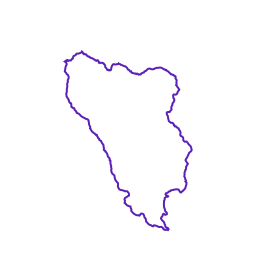 Anorí, Antioquia, Colombia (Albers equal-area conic projection), rotated 123°
{"feature_id": "7082276B24533406562220", "entity_name": "Anorí", "entity_type": "district", "adm_level": 2, "iso_a3": "COL", "parent_name": "Colombia", "parent_adm1": "Antioquia", "projection": "albers", "projection_center": [-75.117, 7.178], "detail": "fine", "context": "isolated", "style": "outline", "palette": "violet", "viewbox_px": 256, "rotation_deg": 123, "n_neighbors": 0, "source": "geoboundaries", "source_scale": "gbopen_adm2", "svg_char_len": 5797}
<svg xmlns="http://www.w3.org/2000/svg" viewBox="0 0 256 256"><g transform="rotate(123 128 128)"><path d="M65.7,111.1L64.5,111.2L63.6,112.1L61.3,113.3L60.6,115.1L59.3,115.8L58.8,116.4L59.0,116.9L58.8,117.8L59.1,118.3L58.8,119.1L59.2,119.9L59.2,120.9L59.6,121.5L59.2,122.2L59.0,124.1L58.7,124.8L58.8,126.7L58.5,127.6L59.0,127.9L59.1,128.3L58.8,129.3L59.3,130.1L59.1,131.6L59.6,133.7L60.3,134.7L61.0,135.2L61.5,136.2L62.0,136.8L62.9,137.4L63.3,137.9L64.2,138.1L65.5,139.5L66.2,141.0L66.2,142.0L66.8,142.8L68.0,143.6L69.7,144.0L70.2,144.0L71.5,145.0L72.8,144.9L73.7,145.8L75.2,146.6L76.1,146.5L76.7,147.0L76.9,147.8L77.5,148.2L77.3,149.6L77.8,150.3L78.3,150.5L78.1,151.2L78.8,152.1L79.0,153.3L79.6,154.4L79.4,155.6L78.8,156.1L79.3,156.6L79.3,157.4L78.7,158.6L79.0,159.8L78.1,161.5L77.8,163.3L77.8,164.0L78.2,164.7L78.5,167.1L78.9,168.4L78.7,169.2L79.2,170.5L79.0,171.1L79.8,171.1L80.6,172.2L81.3,172.7L82.0,173.8L82.1,174.6L82.8,175.2L84.2,175.3L86.4,174.9L87.7,174.2L88.5,174.0L88.9,174.0L89.3,174.3L89.5,175.2L90.0,175.3L89.8,176.1L90.4,176.6L90.5,177.2L89.9,178.2L89.3,180.2L88.0,181.3L87.6,182.1L87.4,182.6L87.5,183.1L87.2,183.4L87.1,184.0L87.2,184.8L87.5,185.1L87.9,186.1L88.5,186.7L88.5,187.0L88.8,187.1L88.6,188.0L88.9,188.2L88.4,188.6L87.7,189.8L87.9,190.1L87.9,190.6L88.7,190.9L88.6,191.5L89.1,192.1L88.8,192.9L89.0,193.7L88.9,194.6L89.1,196.4L89.5,197.3L89.3,197.9L89.6,198.5L89.3,199.5L89.8,200.2L89.6,200.8L89.7,202.1L89.1,202.9L89.1,203.3L89.5,203.8L89.5,204.6L90.1,205.2L89.7,205.7L89.9,206.4L89.2,207.2L89.0,208.3L89.6,208.2L90.3,208.4L91.4,209.2L91.8,209.4L92.7,210.1L93.0,210.8L93.9,211.7L95.1,211.6L96.3,212.1L97.2,212.8L97.6,212.8L99.4,212.4L99.8,212.1L100.5,212.4L100.6,212.6L102.5,212.7L102.9,213.2L103.5,214.4L104.3,214.7L104.2,215.2L103.9,215.4L104.0,215.8L104.4,215.7L104.9,216.5L106.7,217.2L106.7,216.6L106.2,216.1L106.2,215.8L106.9,215.5L107.4,214.7L108.0,214.1L110.5,213.7L115.0,211.8L115.6,209.6L116.2,208.8L116.1,207.7L116.3,207.1L117.6,205.4L118.9,204.8L120.7,204.6L122.1,203.5L123.3,203.4L124.5,202.8L125.3,202.3L126.0,201.6L128.7,200.5L130.9,199.0L132.4,198.7L133.0,198.3L134.7,197.0L135.7,195.3L136.1,194.0L136.5,193.7L137.0,192.6L137.5,192.4L138.3,191.0L138.6,190.1L138.3,189.4L138.4,189.1L138.8,188.6L140.2,187.7L141.1,186.9L141.2,186.6L141.0,185.9L141.2,184.9L140.8,184.4L140.8,183.8L141.1,183.3L141.8,182.8L142.3,180.4L143.3,179.3L143.0,178.5L142.9,176.5L143.0,175.7L143.5,174.4L143.6,171.9L143.3,170.0L143.3,168.3L143.0,167.8L142.8,166.6L142.9,165.6L143.1,165.2L143.8,164.8L144.7,163.7L146.1,162.7L147.0,161.5L147.6,160.3L149.1,159.6L149.1,158.9L149.7,158.2L150.6,156.1L150.6,155.4L150.9,154.2L150.8,152.6L151.3,151.3L150.8,150.8L150.7,150.4L151.6,149.7L151.8,148.8L152.7,147.7L152.7,146.4L153.3,146.0L153.7,145.4L153.5,143.6L153.9,143.2L154.5,141.9L155.1,141.1L155.3,139.9L155.9,139.0L157.1,138.3L157.5,137.6L159.5,136.3L159.7,135.2L159.5,134.7L160.1,134.1L160.1,133.5L160.3,132.9L161.1,131.3L162.8,129.4L163.2,128.5L163.3,127.5L163.7,126.6L164.9,126.0L165.1,125.7L164.9,125.2L165.0,124.9L167.0,123.6L168.2,122.5L168.9,121.5L170.1,120.8L171.2,119.6L172.7,119.1L173.2,118.4L174.2,117.6L174.9,115.9L175.2,113.6L177.6,111.4L178.8,109.5L179.0,108.6L179.4,107.8L179.6,106.6L180.4,105.8L182.8,104.5L183.1,103.7L183.7,103.0L184.1,102.1L184.1,100.8L183.0,98.1L182.7,96.1L181.6,94.5L181.6,93.6L181.9,93.1L182.1,92.2L182.4,91.7L183.2,90.9L184.2,90.4L185.4,91.1L186.8,91.6L188.3,92.4L188.8,92.4L189.9,92.0L190.4,91.2L191.4,90.5L192.7,90.0L192.6,89.1L193.1,88.4L193.1,87.6L193.4,86.7L193.1,84.9L192.5,83.2L193.3,82.5L194.4,80.8L195.7,80.2L196.4,78.1L196.7,75.8L196.5,73.5L196.2,72.8L195.4,71.7L195.4,70.8L195.1,70.6L193.6,70.6L192.7,70.4L192.1,69.5L191.9,68.2L192.7,66.8L194.1,65.3L194.2,64.6L194.6,63.5L196.1,62.3L196.5,61.9L196.9,60.5L197.1,59.4L197.4,58.7L197.5,57.9L197.0,55.7L197.1,54.7L196.9,53.5L196.7,53.3L195.6,53.3L195.3,53.0L194.4,50.4L194.3,48.6L194.1,48.0L192.8,46.3L192.7,44.8L193.6,42.9L193.4,42.5L193.2,41.2L191.9,39.9L191.9,38.9L190.9,38.8L190.3,39.5L190.2,40.5L190.6,41.7L190.6,42.6L189.0,44.2L188.6,45.1L187.8,45.9L187.3,46.7L186.7,49.5L186.3,50.4L185.8,51.2L184.8,51.4L183.8,51.1L182.3,51.3L181.5,51.7L181.0,51.6L180.4,51.2L180.6,49.8L180.3,49.2L179.3,48.5L178.9,48.5L177.8,49.6L177.6,51.0L176.8,52.3L176.0,52.9L174.7,54.7L172.6,56.3L170.9,57.2L169.5,58.1L168.2,58.2L166.7,59.1L165.0,58.5L164.5,58.0L164.1,57.3L163.5,57.1L163.3,57.5L163.5,58.7L163.5,59.8L163.3,60.3L162.6,60.6L162.1,60.6L160.7,59.5L160.1,59.4L158.6,58.9L158.0,58.1L157.3,58.1L156.7,57.9L155.9,56.9L154.1,55.3L152.7,53.5L152.1,52.0L153.2,49.8L153.4,48.9L153.2,48.4L152.0,48.2L151.4,47.8L150.7,47.8L149.5,47.4L147.0,47.2L145.5,47.8L143.7,48.2L141.8,49.3L141.6,50.7L140.7,50.6L139.7,52.2L139.0,52.6L138.6,53.2L137.9,54.5L136.3,55.1L135.4,55.9L134.8,56.1L134.0,56.5L132.5,56.7L132.0,57.1L131.3,56.9L130.1,57.4L129.1,58.1L125.4,58.3L125.0,59.5L123.9,62.0L123.6,62.2L123.1,62.4L119.7,62.5L118.3,62.8L117.2,62.8L116.0,63.2L115.2,63.1L113.2,62.5L112.0,62.5L110.6,63.7L109.1,65.7L108.7,68.1L107.6,70.7L107.5,71.4L107.7,71.9L108.6,72.9L108.5,74.1L108.1,75.0L106.6,76.0L106.0,76.7L105.7,78.0L105.9,79.6L105.7,80.0L105.3,80.5L103.6,81.2L102.8,81.8L101.8,83.6L101.7,84.2L100.8,85.3L100.9,87.5L100.5,88.5L101.1,89.4L100.6,90.1L100.8,90.8L100.1,91.2L100.1,91.8L99.4,93.1L99.5,93.6L100.3,95.0L100.0,97.4L98.6,99.0L96.1,101.3L95.7,102.4L95.3,102.9L94.4,103.7L93.7,103.9L92.6,103.0L92.2,102.1L91.7,101.7L90.3,101.8L89.9,101.6L88.6,101.6L88.3,102.1L87.9,102.3L87.5,102.7L86.4,103.2L84.5,103.3L83.9,103.8L82.9,104.1L81.9,103.8L80.7,104.1L79.9,104.0L79.1,104.7L78.5,105.0L78.3,106.0L77.8,106.6L75.9,108.0L74.9,107.8L74.0,106.1L72.9,105.6L72.3,105.5L70.8,106.0L67.9,105.9L67.7,106.1L67.5,106.9L66.9,108.0L66.6,109.1L66.1,110.0L66.0,110.8L65.7,111.1Z" fill="none" stroke="#5b21b6" stroke-width="2"/></g></svg>